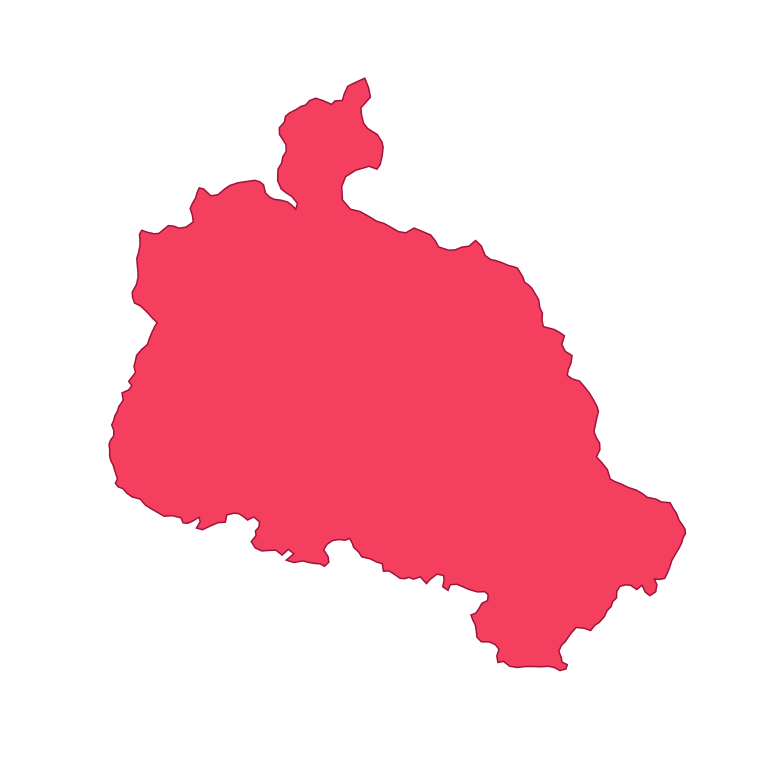 outline of São Luís de Montes Belos, Goiás, Brazil, rotated 263°
{"feature_id": "56859067B21556461404452", "entity_name": "São Luís de Montes Belos", "entity_type": "district", "adm_level": 2, "iso_a3": "BRA", "parent_name": "Brazil", "parent_adm1": "Goiás", "projection": "mercator", "projection_center": [-50.378, -16.461], "detail": "fine", "context": "isolated", "style": "filled", "palette": "rose", "viewbox_px": 768, "rotation_deg": 263, "n_neighbors": 0, "source": "geoboundaries", "source_scale": "gbopen_adm2", "svg_char_len": 4344}
<svg xmlns="http://www.w3.org/2000/svg" viewBox="0 0 768 768"><g transform="rotate(263 384 384)"><path d="M563.9,206.7L563.5,199.9L566.3,194.6L567.5,189.3L564.2,184.1L560.9,178.9L561.1,174.1L563.4,167.8L566.1,162.3L562.3,159.5L557.7,159.4L551.7,158.8L544.5,156.5L538.9,154.0L531.2,153.6L525.4,153.5L520.2,153.0L513.0,150.5L505.8,145.3L500.9,145.0L494.7,146.3L491.2,151.8L484.0,157.8L477.4,162.3L472.5,166.3L468.9,163.4L464.1,160.3L457.4,156.5L452.0,154.0L447.9,147.7L442.7,142.0L436.2,139.7L431.9,138.0L425.6,138.7L421.3,134.4L417.7,130.9L413.1,133.5L409.2,129.8L407.1,122.9L399.7,123.2L394.1,118.2L389.2,115.9L385.2,113.0L380.6,111.2L376.5,108.7L370.8,110.2L365.3,109.3L361.4,105.6L357.5,103.7L351.3,103.7L346.2,102.9L341.4,103.4L336.4,105.3L329.8,106.4L322.4,107.9L318.1,105.3L314.3,107.7L311.8,112.4L307.0,115.4L302.6,120.2L299.5,128.0L292.8,132.5L288.5,137.7L283.7,144.2L279.6,149.6L279.1,157.8L276.0,166.1L270.7,167.6L269.7,172.0L271.0,176.8L274.3,184.1L269.7,184.8L263.9,180.3L261.5,186.1L264.5,195.1L266.6,202.6L266.2,209.7L273.1,211.9L274.1,219.2L273.1,223.9L269.9,228.0L265.6,232.0L267.9,238.6L262.3,243.6L257.3,242.5L253.8,238.5L249.0,238.5L243.8,233.0L237.0,236.2L233.2,242.3L232.9,248.3L232.2,256.5L226.6,262.0L231.5,268.9L226.6,273.8L223.8,269.8L221.1,265.5L217.8,272.7L218.3,281.9L216.0,287.7L214.3,293.4L213.4,298.5L210.3,302.8L213.9,307.5L219.4,307.5L226.7,303.9L231.8,307.9L234.9,313.8L235.1,320.3L233.7,326.5L234.9,331.1L229.8,333.1L225.5,334.0L220.4,338.3L215.1,340.9L212.2,348.9L208.2,355.1L205.8,360.4L198.3,360.6L197.8,366.2L193.5,371.5L189.4,376.0L188.2,380.6L189.1,385.2L186.7,389.7L188.2,396.5L180.7,401.8L184.5,406.1L188.8,413.3L186.7,419.8L182.2,419.8L175.6,417.6L171.4,422.4L176.7,425.3L176.4,431.9L173.0,437.8L170.1,442.6L166.3,451.1L165.6,458.7L162.2,461.7L156.4,460.4L154.4,454.4L149.5,450.9L145.4,447.2L144.1,442.2L138.9,443.4L134.0,445.2L128.1,445.5L121.3,445.4L116.3,449.2L115.1,457.3L111.9,462.5L106.9,465.8L100.2,462.8L93.7,463.1L94.1,468.8L88.6,474.3L86.4,481.5L86.4,489.1L85.6,496.3L84.2,505.4L83.8,512.7L81.9,518.5L78.1,523.7L79.0,529.9L83.1,531.7L86.4,526.7L90.8,526.7L97.3,524.9L103.0,528.2L106.2,532.5L110.2,536.0L114.3,539.8L118.9,545.1L117.2,552.8L114.1,559.1L118.9,563.9L120.9,568.2L126.3,574.4L131.7,577.7L135.3,582.2L140.1,584.5L143.4,588.7L149.9,589.8L154.4,593.5L155.2,599.1L154.3,604.1L149.2,609.8L152.8,615.6L145.5,618.0L141.5,622.1L144.7,628.4L151.6,630.4L157.4,628.6L156.4,634.1L156.9,638.9L161.3,641.9L167.0,645.1L173.8,648.2L180.5,653.2L185.3,657.0L190.3,660.2L194.7,662.0L198.8,665.0L203.3,665.1L207.7,663.0L212.8,660.3L220.4,658.4L224.9,656.0L231.3,653.5L233.2,644.7L236.6,639.9L239.5,631.4L244.0,626.8L247.9,621.6L251.7,613.5L256.1,606.8L259.0,601.2L262.2,597.0L271.7,595.3L278.8,591.0L285.7,586.0L292.6,590.3L299.1,590.8L304.3,588.4L311.2,586.6L324.1,591.0L330.6,593.5L335.6,592.7L343.1,589.8L349.6,586.9L355.9,583.2L363.1,578.4L366.0,571.6L370.3,566.9L376.3,568.9L382.0,572.2L389.3,574.1L394.3,567.9L401.5,565.3L409.8,568.9L413.3,565.1L417.2,559.9L421.6,549.1L428.2,548.6L435.0,549.9L440.2,548.0L448.7,547.8L454.2,545.5L461.4,542.2L464.8,539.3L467.9,536.0L473.7,534.7L482.9,530.5L484.9,526.2L486.5,521.9L490.1,515.7L492.9,509.9L494.6,504.9L499.2,500.1L509.1,497.4L515.3,492.4L510.4,485.0L510.4,478.1L508.4,470.8L509.0,464.2L513.4,454.9L520.2,452.2L526.2,448.5L530.2,441.6L535.1,432.8L531.4,424.1L533.4,417.1L538.4,410.4L543.4,403.5L546.6,396.3L552.6,388.8L558.2,381.1L561.5,372.1L571.7,365.2L585.2,366.1L594.5,371.2L599.6,381.9L601.9,395.8L598.1,403.2L602.4,407.0L611.0,410.1L619.3,412.0L624.3,411.5L632.3,407.8L639.7,398.8L645.4,395.5L653.7,394.5L660.9,394.7L670.4,405.5L679.9,404.8L689.9,402.2L685.6,388.7L683.8,384.2L677.0,380.0L670.5,377.2L671.0,369.9L667.9,366.1L672.6,358.2L676.0,351.0L674.3,344.6L670.5,340.3L669.5,335.1L667.2,330.5L664.5,323.0L661.6,318.8L656.1,317.0L651.0,311.3L644.5,310.7L633.7,315.8L626.8,315.3L621.9,311.3L615.9,309.4L610.2,305.0L598.8,303.2L590.2,305.7L586.1,309.7L581.2,315.5L573.8,320.1L568.3,317.7L572.6,314.3L576.4,310.5L578.9,304.5L580.7,297.5L583.5,293.2L588.0,289.7L596.4,288.7L600.0,285.2L601.9,280.4L601.7,269.8L601.5,263.4L599.8,255.1L596.9,249.5L592.1,242.3L591.9,235.1L599.5,228.8L601.2,224.5L596.7,221.8L591.6,219.7L586.7,215.9L581.8,213.0L574.6,214.4L568.1,214.4L563.9,206.7Z" fill="#f43f5e" stroke="#9f1239" stroke-width="1.5"/></g></svg>